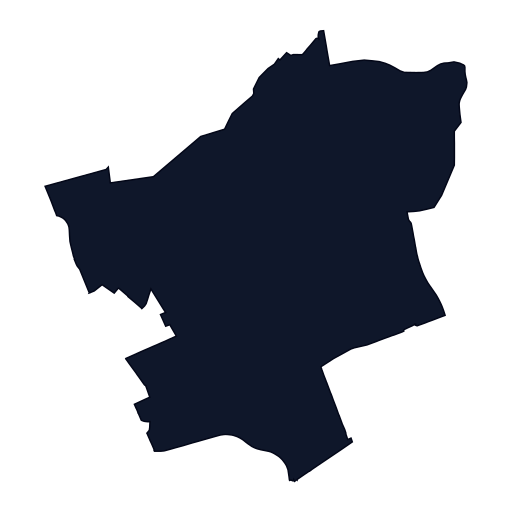 outline of Drimmelen, Noord-Brabant, Netherlands
{"feature_id": "6326949B3496624998105", "entity_name": "Drimmelen", "entity_type": "district", "adm_level": 2, "iso_a3": "NLD", "parent_name": "Netherlands", "parent_adm1": "Noord-Brabant", "projection": "mercator", "projection_center": [4.754, 51.698], "detail": "fine", "context": "isolated", "style": "filled", "palette": "ink", "viewbox_px": 512, "rotation_deg": 0, "n_neighbors": 0, "source": "geoboundaries", "source_scale": "gbopen_adm2", "svg_char_len": 5751}
<svg xmlns="http://www.w3.org/2000/svg" viewBox="0 0 512 512"><path d="M45.1,186.3L50.9,200.4L54.3,209.4L54.7,210.5L55.6,212.5L56.7,215.6L57.0,215.7L58.7,216.0L60.5,216.8L61.7,217.4L62.6,217.9L63.2,218.3L63.6,218.6L64.4,219.3L65.0,219.9L65.4,220.3L66.0,221.1L67.2,222.9L67.6,223.5L68.0,224.3L68.2,224.8L68.8,226.5L69.0,227.4L69.1,228.2L69.2,229.1L69.3,230.0L69.6,236.2L70.0,241.5L70.6,244.3L71.3,247.3L72.7,252.8L73.4,255.9L74.6,259.1L74.3,259.3L76.2,264.0L76.5,264.6L76.8,265.2L77.2,266.0L77.8,266.8L79.7,269.2L80.9,272.2L86.4,285.7L88.6,291.1L89.3,292.8L89.2,293.0L89.9,292.8L89.9,292.7L94.1,291.0L94.3,290.9L102.1,284.7L114.2,293.1L117.7,288.9L118.5,288.0L118.4,287.9L121.1,290.2L122.5,291.4L128.3,296.4L128.3,296.5L128.1,296.7L134.7,302.2L140.0,306.8L140.2,307.0L140.3,307.0L141.1,307.7L141.8,308.4L141.7,308.5L141.8,308.6L144.0,306.5L144.3,306.2L144.6,305.9L145.8,304.1L146.1,303.7L146.3,303.1L147.5,299.5L148.8,295.2L150.9,288.9L158.9,301.8L163.1,308.6L165.6,312.5L160.5,314.5L165.7,326.2L169.8,324.7L176.4,336.1L170.3,338.8L165.2,341.2L161.6,342.7L156.7,344.9L153.1,346.4L148.6,348.4L145.3,349.8L140.3,352.0L125.8,358.5L125.7,358.7L125.9,359.0L126.8,360.2L129.2,363.6L133.5,369.5L135.5,372.2L135.7,372.5L135.8,372.5L136.4,373.5L137.2,374.7L138.6,376.6L143.4,383.4L144.5,384.9L144.7,385.1L145.7,385.4L145.8,385.5L145.8,386.1L146.0,386.4L146.6,388.1L149.8,397.2L146.0,398.9L134.4,404.3L136.2,408.4L136.3,408.4L138.0,412.4L137.9,412.7L138.1,413.2L138.5,413.7L141.3,420.2L142.2,420.6L143.0,420.9L143.9,421.2L144.8,421.4L145.7,421.5L147.4,421.7L148.3,421.7L149.2,421.7L150.0,421.6L149.7,427.6L149.3,430.3L146.9,433.2L147.4,434.2L147.5,434.4L147.9,435.4L148.8,437.5L149.5,439.0L149.8,439.9L151.6,443.7L154.5,450.4L154.2,450.4L154.3,450.7L154.2,450.8L154.4,451.0L154.5,451.2L158.7,451.2L160.6,451.2L162.8,451.0L163.9,450.9L165.2,450.6L171.4,448.9L175.5,447.7L182.9,445.7L192.2,442.9L198.4,441.2L200.8,440.5L215.6,436.3L220.0,435.1L220.9,434.9L221.8,434.8L223.1,434.6L224.1,434.5L225.2,434.4L227.6,434.5L228.6,434.6L230.4,434.8L231.2,434.9L232.0,435.0L233.6,435.4L235.1,435.9L236.6,436.4L237.6,436.8L238.2,437.1L239.8,437.9L240.4,438.2L241.3,438.8L242.2,439.3L243.6,440.3L245.8,442.1L248.3,444.0L249.4,444.7L251.8,446.4L253.2,447.1L254.2,447.6L255.4,448.1L256.7,448.6L257.6,448.9L258.9,449.2L260.7,449.7L267.7,451.1L268.7,451.3L270.8,451.9L273.2,453.0L274.8,453.9L276.1,454.7L278.0,455.9L279.4,456.9L280.6,458.0L282.3,459.7L283.4,461.1L284.9,463.1L286.3,465.4L286.6,466.0L287.7,468.9L288.0,469.7L289.0,476.5L289.4,479.8L289.6,480.4L291.1,480.0L291.5,480.3L291.8,480.4L292.5,480.8L293.2,480.7L293.7,479.5L294.0,480.4L294.0,480.6L293.9,480.7L294.3,481.3L294.4,481.2L294.6,481.3L296.6,479.9L296.9,479.8L297.0,479.7L297.1,479.8L297.1,479.7L297.3,479.4L297.5,479.2L303.4,475.1L308.7,471.5L309.5,471.2L311.2,470.0L311.3,469.8L316.4,466.3L341.0,449.7L352.3,441.9L352.0,441.0L351.0,438.1L347.8,439.5L347.6,439.2L345.8,433.9L345.8,433.6L345.9,433.2L345.8,432.9L344.7,429.5L344.4,428.8L342.1,423.7L341.9,423.0L339.2,415.7L338.5,414.2L336.3,408.0L333.0,399.4L332.1,396.8L331.0,393.9L330.9,393.9L326.6,382.4L326.3,381.9L326.0,380.9L323.7,375.0L322.7,372.1L322.2,370.7L321.6,369.2L321.6,368.9L320.8,366.8L330.7,360.4L333.6,358.5L348.0,350.6L350.9,349.0L354.3,347.8L367.0,344.9L376.5,341.4L378.4,340.6L383.5,338.7L393.6,335.0L393.5,334.9L393.7,335.1L402.7,331.7L403.0,331.5L403.0,331.4L403.8,331.1L403.7,330.6L403.7,330.3L403.7,330.1L403.8,329.9L404.1,329.6L404.4,329.4L405.5,328.9L407.1,328.1L412.4,325.7L412.8,325.5L413.4,325.1L414.0,324.6L414.6,324.1L414.8,324.1L415.6,324.2L415.2,325.1L417.1,325.8L418.5,325.3L419.8,324.8L421.3,324.3L425.4,322.8L428.1,321.7L430.9,320.7L433.6,319.7L438.5,317.8L445.1,315.3L443.6,310.7L442.8,308.5L442.0,306.4L441.1,304.3L439.9,301.8L439.5,301.0L438.2,298.5L437.0,296.4L436.2,295.0L434.2,292.1L430.6,286.9L430.2,286.4L427.9,283.0L426.7,280.9L426.1,279.8L425.5,278.7L423.9,275.6L422.6,272.6L421.8,270.4L420.7,267.4L420.1,265.4L419.9,265.0L419.7,264.1L419.3,263.1L418.5,260.6L417.8,258.1L417.5,256.6L417.1,255.2L416.8,254.0L416.3,251.3L415.7,247.7L415.4,246.5L414.7,242.3L414.2,239.4L413.8,237.5L413.6,236.5L413.4,235.4L412.9,232.3L412.7,231.4L412.2,228.6L411.6,225.4L411.3,224.1L411.2,223.8L411.2,223.5L411.0,223.2L410.9,222.9L410.7,222.5L410.1,221.8L409.6,221.4L409.3,220.9L409.2,220.8L408.4,219.3L407.0,211.8L409.2,211.7L414.2,211.4L419.6,210.8L424.9,209.6L426.7,209.2L434.0,207.4L441.6,195.3L454.3,165.2L454.4,157.8L454.4,143.2L454.3,137.1L454.3,133.9L454.3,131.2L460.1,123.6L461.0,122.4L459.9,114.3L459.6,111.1L459.2,106.4L459.1,103.9L459.4,101.9L460.0,99.7L460.8,97.9L462.4,94.8L464.8,90.7L465.6,89.3L466.4,87.0L466.7,84.5L466.9,82.6L466.4,79.8L465.8,77.5L465.2,74.5L464.9,71.5L464.9,68.5L464.9,67.3L464.5,65.7L463.3,64.8L461.9,64.2L459.8,63.2L454.0,61.9L448.1,62.9L444.1,63.1L440.6,64.0L437.5,65.6L436.6,66.2L430.8,70.3L427.4,71.9L423.4,72.5L416.1,72.6L404.3,72.4L400.1,70.9L395.0,67.9L389.7,65.1L385.2,63.3L379.3,61.6L372.2,60.8L364.2,60.1L352.7,61.4L339.4,63.9L330.8,65.4L329.6,65.6L327.0,50.7L326.3,46.3L323.6,30.7L322.6,30.8L320.5,31.0L319.9,31.2L319.4,31.4L319.2,31.6L319.0,31.8L318.9,31.9L318.8,32.2L318.7,32.7L318.3,34.5L318.2,35.7L318.2,36.5L318.4,37.5L318.6,38.2L319.1,39.2L319.0,39.3L318.8,39.0L318.7,38.8L318.3,38.6L318.1,38.4L317.8,38.3L317.2,38.3L316.9,38.3L316.4,38.5L316.0,38.7L315.9,38.7L315.3,39.4L310.4,45.3L307.1,49.0L306.4,50.0L305.7,50.9L303.7,53.2L302.7,54.3L302.2,54.6L301.9,54.7L294.5,54.6L293.3,54.6L291.1,55.4L290.9,55.5L286.6,52.7L279.9,60.0L278.3,58.6L274.4,64.2L268.1,68.5L259.2,77.5L253.5,89.0L253.8,93.5L252.4,96.1L245.6,101.9L232.3,113.5L228.4,121.3L224.6,129.2L200.7,136.5L153.4,176.7L110.3,182.9L108.3,167.1L106.1,169.5L45.1,186.3Z" fill="#0f172a" stroke="#020617" stroke-width="1.5"/></svg>